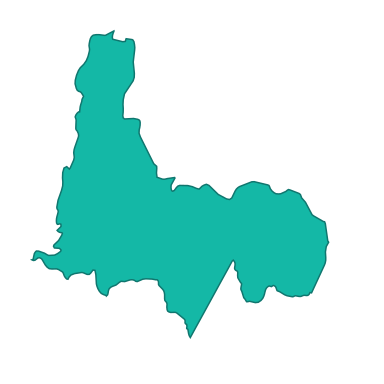 SVG path tracing the border of Tigray, rotated 191°
{"feature_id": "ETH-3110", "entity_name": "Tigray", "entity_type": "Administrative State", "adm_level": 1, "iso_a3": "ETH", "parent_name": "Ethiopia", "parent_adm1": "", "projection": "equal_earth", "projection_center": [38.617, 13.565], "detail": "fine", "context": "isolated", "style": "filled", "palette": "teal", "viewbox_px": 384, "rotation_deg": 191, "n_neighbors": 0, "source": "natural_earth", "source_scale": "10m", "svg_char_len": 4789}
<svg xmlns="http://www.w3.org/2000/svg" viewBox="0 0 384 384"><g transform="rotate(191 192 192)"><path d="M48.3,168.8L49.8,164.0L49.6,158.6L48.2,153.2L47.7,150.5L47.7,147.7L48.1,145.4L55.4,115.8L57.0,115.8L57.6,113.7L58.6,112.6L60.0,112.2L61.7,112.1L62.8,111.8L65.3,110.2L67.0,109.9L70.6,109.9L71.3,109.6L72.6,108.6L73.4,108.3L78.9,108.3L81.5,108.8L86.8,110.8L89.5,111.3L89.9,111.7L91.4,114.3L92.0,115.0L92.7,115.4L93.4,115.7L94.2,115.8L94.7,115.6L95.9,114.3L96.5,114.3L98.0,114.5L98.6,114.3L99.6,113.4L100.5,112.1L101.1,110.3L101.3,108.0L101.4,105.4L101.7,103.2L102.3,101.0L103.6,98.7L105.9,96.4L108.7,95.5L114.7,95.7L116.4,94.9L117.5,94.7L119.5,96.9L121.0,98.1L124.1,103.9L125.3,105.5L125.6,106.4L125.7,108.0L125.7,110.5L125.9,111.6L127.1,112.5L130.3,116.1L130.7,116.7L131.3,118.8L131.7,121.5L132.2,122.7L133.2,123.2L134.0,123.4L134.9,124.0L135.5,124.8L135.7,125.8L135.8,128.6L136.2,130.4L137.0,131.7L138.5,133.0L139.4,131.8L142.3,122.6L147.0,108.0L152.1,92.0L157.3,75.7L162.6,59.2L165.9,48.8L167.3,50.4L168.3,52.3L169.8,56.3L170.2,56.7L171.0,56.8L171.2,57.1L171.3,57.6L171.3,58.7L171.3,59.1L171.6,59.9L171.8,60.6L172.1,61.1L173.1,61.3L173.8,62.1L174.0,62.9L174.1,63.9L174.5,65.0L175.2,65.7L184.0,70.4L185.4,70.7L190.0,69.7L191.9,69.9L193.2,70.5L194.0,71.8L194.5,73.5L194.7,74.0L195.1,77.0L195.5,78.1L196.2,79.0L197.2,79.7L198.0,80.5L198.5,81.9L199.3,86.0L200.0,88.0L200.9,89.6L202.2,90.9L206.5,93.9L207.2,94.8L207.7,97.1L208.1,98.1L209.1,99.1L209.8,99.2L210.5,98.9L214.5,98.9L220.7,98.0L223.7,97.0L228.7,93.6L230.2,93.6L231.7,94.3L233.2,94.5L234.7,94.3L236.2,93.8L241.0,91.2L244.6,90.8L246.1,89.4L248.8,86.2L252.2,84.1L253.8,82.8L255.0,80.8L255.2,78.8L255.1,76.8L255.2,75.0L256.2,73.6L256.4,74.0L259.2,74.4L261.6,75.1L262.4,75.6L264.1,77.0L265.8,79.0L267.2,81.2L268.3,83.5L270.6,92.5L272.3,96.6L274.3,96.5L276.1,92.8L277.2,91.5L279.2,91.1L283.6,92.0L285.1,91.9L291.7,89.5L295.0,87.4L296.5,84.9L297.1,82.7L298.5,82.7L300.1,83.9L301.3,85.2L303.0,87.9L303.5,88.5L303.9,88.8L308.1,90.4L310.2,90.7L313.9,89.9L314.9,89.7L317.5,89.5L319.9,90.6L322.1,92.4L326.4,97.3L327.6,98.0L329.1,98.4L330.7,97.8L333.2,95.0L334.7,94.5L336.3,94.9L335.7,95.3L334.9,96.0L335.1,96.9L335.1,98.4L335.0,101.2L335.0,101.5L334.4,103.0L333.9,103.9L333.6,104.2L333.4,104.4L331.2,104.7L325.1,103.8L321.8,102.6L320.5,102.4L314.9,103.8L312.3,105.8L310.1,108.1L309.5,109.1L309.5,110.1L311.4,111.4L316.4,110.8L317.6,112.3L317.4,113.7L313.7,118.9L311.7,124.5L311.3,126.5L311.9,127.2L313.1,127.1L314.5,127.2L315.9,127.7L317.1,128.6L314.4,132.5L314.0,133.4L314.6,135.4L315.8,135.5L317.1,134.8L318.0,134.6L319.0,135.7L319.6,137.7L319.9,139.9L319.9,141.8L319.6,145.8L319.6,147.3L320.1,148.6L321.3,149.8L321.6,150.7L321.8,151.4L321.8,152.0L321.9,158.4L320.4,168.5L320.1,173.3L320.7,177.2L321.8,181.1L322.6,186.4L322.2,191.1L319.8,193.0L316.8,191.1L316.1,192.5L314.2,200.9L314.2,203.6L315.6,208.0L315.8,210.8L315.6,213.4L314.0,224.5L314.1,225.9L314.7,227.6L315.0,228.1L316.2,229.8L316.7,230.3L317.4,230.8L317.7,231.1L318.2,232.3L319.5,240.6L320.0,241.7L320.9,243.2L321.0,243.8L320.6,245.7L319.7,247.6L318.6,249.0L317.6,249.2L318.0,254.3L317.9,256.5L317.5,259.6L317.6,262.0L317.3,263.2L316.7,265.0L316.9,265.5L319.4,268.2L320.6,269.0L322.4,269.2L324.0,269.9L325.3,271.6L327.4,275.9L327.9,279.5L327.6,284.6L326.6,289.6L325.3,292.8L322.6,296.7L320.8,300.8L319.9,305.3L319.6,310.8L319.8,312.6L321.0,316.0L321.2,318.2L321.2,320.7L321.0,323.2L320.3,325.4L318.9,327.1L316.2,328.1L313.4,328.7L307.6,329.1L306.7,329.4L299.4,335.2L299.3,334.8L299.7,333.1L299.9,330.8L299.7,328.5L298.9,326.8L288.7,326.3L286.2,327.1L286.0,329.5L285.9,329.9L279.9,330.2L279.1,330.0L277.7,328.5L276.6,325.8L275.7,322.8L275.4,320.4L274.5,308.4L271.2,297.4L270.6,293.5L271.0,289.9L277.0,275.5L277.1,269.4L276.4,264.6L275.4,260.7L274.8,257.2L274.5,253.8L273.7,251.7L272.2,250.8L263.4,253.0L259.2,253.0L257.8,252.7L256.7,251.8L256.1,250.2L255.7,247.7L255.6,245.1L255.7,243.0L255.2,239.6L253.1,236.1L235.0,212.5L233.0,211.3L231.6,210.5L231.1,208.5L230.5,203.9L229.4,200.6L229.2,199.8L223.5,199.0L221.8,199.2L220.6,199.6L218.7,200.5L211.8,202.9L211.4,202.4L213.8,194.9L213.5,192.5L212.9,190.6L212.1,189.4L211.2,189.1L209.8,190.0L209.0,191.5L208.2,193.3L207.0,195.1L205.3,196.1L197.3,197.5L192.6,197.3L188.5,196.4L185.6,196.2L184.3,198.0L183.5,199.3L182.0,200.7L180.3,201.8L179.3,202.3L176.6,201.7L165.8,194.6L156.8,191.8L153.7,191.8L151.8,193.7L149.8,201.3L149.0,203.3L147.8,205.0L146.5,206.3L135.3,213.4L132.9,214.0L118.9,213.4L117.7,213.1L117.0,212.2L115.7,210.1L113.6,208.2L111.2,206.9L109.2,206.3L106.6,206.6L104.9,207.1L104.3,207.4L99.9,210.5L98.9,211.8L97.8,212.8L96.1,212.7L86.6,211.0L85.1,210.2L83.2,207.1L78.7,203.6L69.8,192.6L68.2,191.8L57.5,188.1L56.2,188.1L55.1,186.4L49.4,169.9L48.3,168.8Z" fill="#14b8a6" stroke="#0f766e" stroke-width="1.5"/></g></svg>